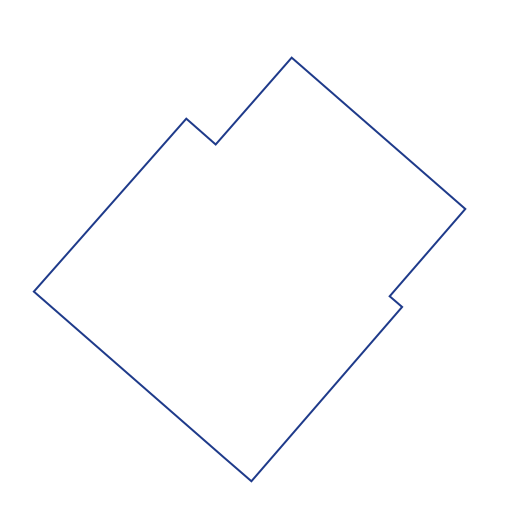 Sheridan, North Dakota, United States of America, rotated 41°
{"feature_id": "52423323B60934570924180", "entity_name": "Sheridan", "entity_type": "district", "adm_level": 2, "iso_a3": "USA", "parent_name": "United States of America", "parent_adm1": "North Dakota", "projection": "orthographic", "projection_center": [-100.282, 47.587], "detail": "fine", "context": "isolated", "style": "outline", "palette": "blue", "viewbox_px": 512, "rotation_deg": 41, "n_neighbors": 0, "source": "geoboundaries", "source_scale": "gbopen_adm2", "svg_char_len": 293}
<svg xmlns="http://www.w3.org/2000/svg" viewBox="0 0 512 512"><g transform="rotate(41 256 256)"><path d="M383.1,83.2L325.6,83.1L152.8,82.9L152.4,198.3L113.3,198.1L111.7,428.6L364.2,429.1L400.3,429.0L399.7,198.6L383.3,198.7L383.1,83.2Z" fill="none" stroke="#1e3a8a" stroke-width="2"/></g></svg>